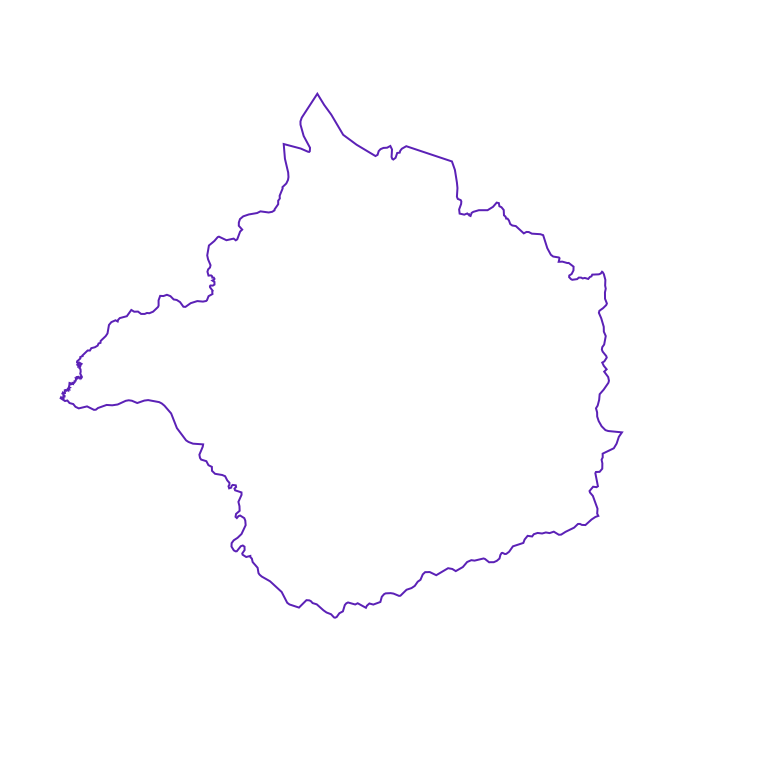 Mueang Loei, Loei, Thailand (Albers equal-area conic projection), rotated 223°
{"feature_id": "78962969B17428732488190", "entity_name": "Mueang Loei", "entity_type": "district", "adm_level": 2, "iso_a3": "THA", "parent_name": "Thailand", "parent_adm1": "Loei", "projection": "albers", "projection_center": [101.792, 17.544], "detail": "fine", "context": "isolated", "style": "outline", "palette": "violet", "viewbox_px": 768, "rotation_deg": 223, "n_neighbors": 0, "source": "geoboundaries", "source_scale": "gbopen_adm2", "svg_char_len": 6154}
<svg xmlns="http://www.w3.org/2000/svg" viewBox="0 0 768 768"><g transform="rotate(223 384 384)"><path d="M244.6,208.0L245.3,210.2L245.0,213.5L241.4,215.4L238.0,222.1L240.5,226.9L240.6,230.4L240.0,232.0L236.5,235.6L234.1,237.2L228.5,239.3L227.6,240.4L227.2,248.9L224.7,253.5L223.8,257.3L224.5,262.4L223.8,265.7L225.8,271.2L225.6,274.5L222.2,277.7L215.4,279.8L211.5,293.0L207.9,295.3L203.9,296.1L201.5,303.9L201.8,310.5L200.0,314.7L197.3,316.6L192.2,324.3L190.9,324.9L185.6,325.3L182.2,328.5L180.9,331.6L180.5,335.1L182.3,338.4L182.7,340.6L182.2,341.3L179.6,342.1L178.7,343.2L178.1,346.6L179.0,353.2L173.7,362.8L175.1,366.2L175.4,370.9L171.7,373.5L172.0,376.3L170.1,379.8L166.4,382.5L164.4,385.8L161.2,387.9L159.1,391.8L153.3,393.0L151.7,394.7L150.4,399.7L147.0,408.6L146.7,413.9L145.3,415.3L143.2,415.9L140.5,418.2L139.8,426.4L138.7,431.0L137.3,433.7L139.7,434.6L142.8,438.4L154.9,444.6L159.3,445.1L160.7,445.9L161.0,451.5L158.2,453.5L157.8,455.1L168.6,462.9L169.0,464.2L166.4,466.8L166.6,470.9L170.2,474.9L173.2,477.0L174.0,479.5L176.6,482.2L172.1,493.7L173.2,499.0L176.2,505.5L177.0,510.9L188.0,502.5L190.6,501.3L196.0,501.5L201.7,503.3L205.9,505.6L208.8,508.6L212.4,510.8L213.0,513.9L215.8,519.1L219.3,523.6L219.5,529.7L220.7,537.9L221.7,539.8L224.8,542.0L231.4,543.2L231.2,546.6L235.7,547.2L239.0,548.5L238.3,550.8L239.1,555.2L240.5,556.0L246.2,556.8L248.2,557.8L249.5,559.8L249.9,563.0L254.5,570.3L258.9,572.2L262.3,575.7L269.9,580.2L275.4,582.6L276.4,584.5L275.5,588.9L275.3,593.3L275.9,594.9L280.5,597.1L284.9,601.7L286.8,604.9L289.4,606.8L293.1,611.1L298.0,614.2L300.1,614.9L301.1,614.8L300.8,612.7L301.6,610.8L306.3,606.0L305.7,604.2L306.4,602.7L306.3,600.1L309.5,598.5L310.7,596.7L312.3,596.3L314.1,594.7L314.3,592.4L317.4,588.6L318.7,588.2L321.5,588.4L322.5,589.7L321.8,592.4L322.9,596.3L325.4,599.1L331.5,598.5L332.4,597.5L336.9,595.2L339.6,592.5L341.4,595.7L342.4,595.8L347.2,592.6L350.1,592.3L357.2,594.7L369.1,601.4L371.8,600.2L378.4,594.8L381.7,593.9L383.5,592.4L384.5,589.5L395.3,589.4L398.3,587.4L400.8,587.1L404.1,588.8L406.5,589.2L407.4,588.3L409.3,589.3L411.3,589.2L415.1,592.9L418.7,593.4L420.8,592.7L423.4,594.6L425.3,593.5L425.1,587.9L426.8,581.7L433.1,575.9L436.1,570.8L436.6,568.9L435.3,565.9L436.7,565.4L437.6,566.1L438.1,565.5L439.4,565.5L440.8,562.6L444.9,560.2L448.1,562.9L450.4,568.3L452.0,570.3L453.3,570.8L456.3,569.7L458.4,570.7L463.9,577.4L468.1,581.1L478.1,588.9L486.1,593.1L529.9,573.1L531.4,568.2L531.2,565.7L530.3,563.9L531.9,562.0L529.8,557.3L530.3,554.5L531.5,554.3L533.3,555.2L538.1,561.0L541.7,562.4L542.9,558.9L545.4,556.3L546.7,553.4L546.7,550.7L545.0,547.2L545.7,544.9L567.2,540.3L583.8,538.4L606.2,545.0L618.1,547.3L630.7,550.8L625.8,522.7L624.2,519.1L621.9,516.7L611.9,510.6L599.2,506.3L597.0,503.6L597.0,502.7L598.1,502.0L605.5,499.4L621.0,491.1L610.1,481.2L598.3,473.3L595.0,470.2L593.4,467.8L592.2,464.0L592.5,458.7L591.5,457.9L588.7,450.5L586.7,448.6L586.4,445.9L584.0,443.3L583.1,437.0L582.5,436.3L583.2,433.7L585.3,430.8L592.1,426.0L593.4,422.5L598.5,415.8L601.3,410.6L601.8,406.4L600.3,403.1L598.1,400.7L593.0,400.2L593.2,397.4L590.0,389.7L590.4,388.0L593.1,387.8L597.3,381.7L605.2,379.2L605.8,378.0L605.6,372.9L606.5,365.9L601.0,357.5L597.7,355.2L591.9,352.6L590.7,350.5L590.8,347.9L589.7,345.7L586.3,343.6L584.5,345.5L583.4,345.6L582.1,344.7L581.1,345.7L579.7,345.3L579.4,344.6L580.1,342.6L577.6,343.0L575.8,341.1L576.3,339.2L578.1,337.7L578.0,336.8L577.2,336.1L572.8,335.3L572.7,334.5L570.8,332.8L572.2,328.6L570.6,324.5L570.7,323.4L572.6,320.8L577.1,317.3L580.5,311.3L581.8,305.0L583.4,303.7L589.0,304.8L592.9,304.1L595.5,302.4L600.1,302.6L603.6,301.2L605.3,297.9L607.8,295.8L605.9,291.4L602.3,287.6L601.8,286.2L602.2,279.4L603.9,275.7L605.8,274.3L606.8,272.0L609.4,269.6L613.3,269.2L616.0,266.5L619.3,265.8L618.3,258.2L622.2,252.0L622.2,249.6L621.4,248.1L623.8,247.5L625.6,243.3L625.4,239.6L620.7,232.4L620.2,229.2L620.6,222.3L619.4,220.7L620.4,219.0L619.6,216.8L620.5,213.7L622.5,210.6L621.9,207.9L623.6,206.4L624.0,199.3L623.5,199.0L624.5,196.5L623.5,195.6L623.9,191.3L623.2,190.4L621.8,191.0L621.6,191.8L618.9,192.4L619.0,190.0L621.4,189.9L621.4,188.9L620.0,189.1L619.5,188.3L619.0,189.0L618.3,188.4L617.9,189.1L617.4,187.9L616.0,187.8L614.2,186.1L613.2,184.4L609.7,183.1L609.4,181.8L610.5,181.7L610.2,180.8L611.0,181.0L612.0,179.9L612.5,180.7L613.4,179.6L612.9,179.3L613.4,178.3L612.3,178.3L612.7,177.5L611.7,176.2L612.2,174.9L611.5,174.5L611.4,173.5L612.4,172.6L611.5,171.9L614.7,170.3L614.1,169.5L613.2,169.6L613.6,169.0L612.4,166.9L611.3,167.1L611.8,165.8L610.4,165.3L610.9,164.8L610.5,164.2L611.9,164.3L611.5,162.7L612.7,162.5L613.2,161.7L611.1,159.7L611.6,158.8L613.0,158.8L612.7,157.8L611.9,158.2L610.8,157.1L609.6,157.5L609.0,156.9L609.7,155.6L608.6,154.9L609.4,154.0L611.1,154.0L610.8,153.1L605.7,154.0L604.3,156.0L601.0,155.6L597.6,157.4L594.1,156.9L590.6,158.0L585.9,165.1L578.5,167.3L577.2,168.7L576.8,171.4L572.6,179.5L568.2,183.1L564.8,187.4L561.4,195.6L559.6,198.0L557.0,199.8L551.5,201.8L548.0,208.4L545.5,211.4L536.1,217.4L533.3,218.2L529.8,218.4L519.6,217.3L505.4,210.5L490.3,207.8L487.4,208.3L483.0,210.1L475.1,216.5L473.8,214.5L470.8,206.4L468.2,204.5L466.2,204.0L461.3,206.4L457.0,204.9L453.4,206.0L450.6,203.2L446.3,203.1L440.3,207.1L437.3,208.2L432.9,206.6L429.6,206.3L428.4,204.9L428.0,203.2L426.1,202.1L425.1,204.0L426.0,205.7L425.8,207.0L423.3,208.8L421.9,207.8L422.0,205.5L420.4,204.7L414.3,207.5L412.6,205.8L410.1,198.5L406.4,196.1L403.1,192.8L403.6,188.1L402.0,185.6L400.2,185.6L400.3,188.1L399.5,189.7L394.7,190.6L392.3,189.5L388.9,186.4L385.9,177.1L386.2,171.6L387.3,167.2L386.9,163.7L384.7,161.1L380.4,159.9L378.4,160.4L377.6,161.3L378.1,167.7L377.1,169.6L375.1,169.9L372.7,167.5L372.1,163.4L371.0,162.7L366.8,163.5L364.5,167.1L363.5,166.2L361.6,166.2L358.6,164.2L351.1,163.4L346.8,160.1L345.0,159.7L342.1,159.8L332.8,162.0L317.0,162.1L305.6,158.0L302.8,158.3L293.7,162.5L293.3,173.0L291.1,174.8L289.5,175.3L286.8,175.1L282.9,177.0L273.9,177.2L270.2,177.7L265.7,179.5L261.4,179.2L260.4,179.7L259.7,181.3L260.3,185.9L259.0,189.7L261.9,195.6L262.0,197.9L261.3,199.7L254.7,203.1L253.7,205.7L244.6,208.0Z" fill="none" stroke="#5b21b6" stroke-width="2"/></g></svg>